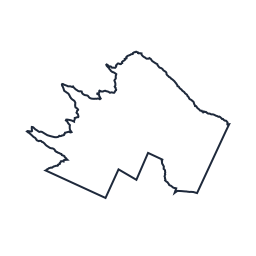 the district of Chupinguaia, Rondônia, Brazil, rotated 115°
{"feature_id": "56859067B46529813603159", "entity_name": "Chupinguaia", "entity_type": "district", "adm_level": 2, "iso_a3": "BRA", "parent_name": "Brazil", "parent_adm1": "Rondônia", "projection": "equal_earth", "projection_center": [-60.941, -12.579], "detail": "fine", "context": "isolated", "style": "outline", "palette": "slate", "viewbox_px": 256, "rotation_deg": 115, "n_neighbors": 0, "source": "geoboundaries", "source_scale": "gbopen_adm2", "svg_char_len": 5851}
<svg xmlns="http://www.w3.org/2000/svg" viewBox="0 0 256 256"><g transform="rotate(115 128 128)"><path d="M173.8,218.1L174.2,216.7L174.2,215.7L175.1,212.5L176.0,209.9L176.1,208.9L176.2,207.8L176.9,206.8L177.0,206.2L177.6,205.7L177.7,205.0L177.6,204.0L177.6,203.3L177.1,202.8L176.6,201.8L176.5,201.2L177.0,200.0L176.8,199.2L177.3,197.2L177.9,196.0L178.4,194.5L179.0,190.4L178.8,189.0L178.4,187.9L178.3,187.0L178.5,185.8L178.9,185.1L179.2,184.3L179.6,184.2L179.8,183.3L180.0,182.6L179.7,181.8L180.0,180.9L179.8,180.0L179.9,178.2L179.7,177.4L180.5,176.5L180.3,174.4L180.5,173.6L181.0,173.2L181.5,171.9L181.6,171.2L182.1,170.5L182.4,169.6L182.7,170.2L183.3,171.0L183.6,171.9L184.1,172.2L184.4,172.6L185.6,172.2L185.8,173.4L186.2,174.3L186.6,174.8L187.2,174.6L187.9,174.7L188.5,175.0L188.9,174.7L189.4,174.6L190.3,175.6L190.9,175.9L191.5,175.6L192.1,176.0L192.4,176.8L193.0,177.7L193.6,178.2L194.4,179.2L195.0,179.5L195.6,179.8L196.2,180.2L196.3,181.0L197.4,182.1L197.7,182.6L198.7,183.1L200.0,184.1L200.7,184.2L201.3,184.7L200.9,118.8L169.5,119.1L171.4,98.5L142.1,99.3L142.1,83.5L142.9,83.4L143.5,83.6L144.1,82.9L145.2,82.5L146.0,81.8L146.4,81.0L147.2,80.1L147.5,79.5L148.1,79.0L148.9,78.9L150.0,78.4L150.2,77.4L150.8,76.5L151.8,76.0L152.4,75.5L153.2,75.3L153.9,75.2L154.4,74.6L155.3,74.6L156.5,74.4L157.0,73.7L158.1,73.2L158.7,72.4L159.8,72.3L160.3,70.7L160.5,69.2L161.0,68.4L161.4,67.5L162.1,66.9L162.3,66.1L162.2,64.9L162.3,64.2L162.9,61.9L162.8,60.7L162.5,59.9L162.3,58.8L167.0,58.3L166.2,57.9L164.1,56.6L163.5,55.1L163.2,54.4L162.7,53.2L161.4,49.6L160.8,48.1L160.6,47.3L159.9,45.2L159.0,43.3L158.4,41.7L157.8,37.9L90.0,38.0L81.8,37.9L82.3,38.7L82.8,39.3L82.5,39.7L82.0,39.7L80.9,40.1L80.6,40.8L80.2,41.5L80.0,42.4L80.4,43.5L80.2,44.7L79.7,45.6L80.1,46.7L79.7,47.3L79.4,48.4L79.1,49.3L79.1,50.2L79.6,50.7L79.6,51.6L79.5,52.4L79.7,53.2L79.6,55.6L79.7,56.5L80.0,57.4L80.3,57.9L80.5,58.8L80.4,60.0L81.1,61.5L80.9,62.3L80.9,63.0L80.6,63.5L80.5,64.2L80.9,64.8L80.8,65.5L81.9,66.3L81.3,66.8L81.8,67.4L81.6,68.1L81.2,68.5L81.6,69.3L81.7,70.1L81.1,71.3L80.6,73.5L79.4,75.4L79.8,76.5L79.1,77.0L78.5,77.9L77.6,78.8L77.0,79.2L76.5,79.9L76.2,81.4L75.9,82.0L75.8,82.9L75.7,84.5L75.0,85.5L74.6,85.8L74.1,86.8L73.9,87.6L73.4,88.0L72.9,88.7L72.4,91.1L71.9,91.7L71.6,92.5L71.3,94.2L71.1,94.9L70.6,95.6L70.1,97.9L69.6,98.7L69.2,99.2L69.0,100.0L69.2,100.8L68.1,101.7L67.7,102.6L67.2,103.1L67.0,103.8L66.0,105.7L65.2,108.3L65.0,109.9L64.4,110.9L64.4,112.5L63.9,113.4L63.7,114.5L63.3,115.3L62.9,115.9L62.0,116.3L61.4,117.0L61.1,117.8L60.8,120.3L60.0,121.6L59.8,122.5L59.7,123.2L59.9,125.1L58.6,127.7L57.8,128.3L57.7,129.0L57.7,130.3L57.5,131.6L57.1,134.3L56.6,135.3L55.9,136.3L55.7,137.2L55.6,138.2L56.3,138.4L56.7,139.1L57.3,140.4L57.2,141.4L56.9,142.4L56.9,143.5L56.6,145.0L56.0,146.3L55.4,147.1L54.7,147.3L55.2,149.0L55.8,149.7L55.9,150.6L55.3,150.9L55.4,151.9L55.4,152.9L56.1,153.3L56.4,154.0L57.0,154.6L57.6,154.8L58.0,155.2L59.0,155.0L59.4,155.7L59.9,156.4L60.7,156.8L61.3,157.4L62.0,158.0L62.8,158.8L63.5,159.2L64.5,159.5L64.9,158.9L65.5,158.8L65.9,159.3L66.7,160.1L67.3,159.5L68.4,160.0L69.6,160.9L70.5,161.3L71.6,160.7L72.1,161.3L73.0,161.4L73.4,162.0L73.5,162.9L73.5,163.6L73.7,164.3L74.1,164.6L75.2,164.9L76.3,165.3L76.8,164.8L78.2,164.8L78.9,165.1L79.3,166.3L79.7,167.1L80.1,168.2L79.7,168.9L79.5,169.7L80.1,170.5L80.0,171.7L79.6,172.7L79.4,174.2L79.9,174.4L80.6,173.6L81.4,171.7L81.8,170.4L82.4,169.8L82.7,168.8L83.4,167.8L83.9,165.7L83.6,164.8L83.8,163.0L84.1,161.4L84.8,161.2L85.7,161.2L87.3,160.6L87.7,160.2L88.4,160.0L89.2,160.2L90.0,160.4L90.7,160.4L92.4,158.7L93.1,158.2L93.9,157.8L94.9,157.4L96.1,157.6L96.6,156.9L96.9,156.1L97.5,155.9L98.3,154.9L98.9,154.8L99.5,155.2L101.5,155.3L102.0,155.5L102.3,156.4L102.6,157.9L103.0,158.5L103.4,158.8L103.7,159.4L103.4,160.9L103.6,162.3L103.9,163.4L103.8,164.1L104.2,164.9L104.6,165.4L105.1,165.7L105.8,166.6L106.1,167.4L106.2,169.6L106.8,169.7L107.3,169.2L108.1,169.0L108.8,169.2L109.6,170.4L110.1,170.3L110.2,169.5L110.1,168.3L111.5,167.3L111.9,166.4L112.5,165.8L112.9,165.2L113.8,165.7L113.8,167.1L114.0,167.8L114.8,168.8L115.2,169.8L116.0,171.3L116.6,172.9L116.8,173.6L116.9,174.4L116.9,175.4L116.7,176.2L116.2,177.1L115.8,178.0L115.8,178.9L116.4,181.0L116.4,182.2L116.3,182.9L116.0,183.9L115.5,184.6L114.5,185.4L114.9,186.9L115.3,187.4L115.5,188.3L115.5,189.3L115.3,190.0L115.1,191.7L114.7,192.9L114.0,194.7L113.6,195.4L114.3,195.7L114.5,196.8L114.6,197.9L115.6,200.0L115.5,200.9L115.6,201.6L115.6,202.4L115.8,204.2L115.6,205.1L115.9,206.2L116.5,206.3L117.5,205.6L118.1,204.6L119.4,203.2L121.2,201.6L121.4,200.9L121.4,200.1L121.7,199.0L121.9,197.3L122.2,196.2L122.9,195.4L123.1,194.8L123.8,194.1L124.2,193.8L124.6,192.8L125.1,192.3L125.5,191.1L125.8,190.0L125.8,189.3L126.2,187.9L126.7,187.2L127.5,186.3L129.0,185.9L129.4,185.5L130.1,185.4L130.9,184.8L131.5,184.3L131.7,182.7L132.0,181.7L132.6,180.9L133.2,181.0L133.8,181.4L135.1,181.1L135.8,181.2L136.3,180.6L136.5,179.5L137.4,178.6L138.5,177.8L139.2,177.7L139.9,178.9L140.3,179.2L140.8,179.7L141.4,180.5L142.8,179.9L144.4,179.9L145.0,179.6L145.0,182.1L145.3,183.8L146.0,186.5L146.5,187.5L147.4,187.5L147.6,186.1L148.1,185.4L149.1,184.0L149.9,181.9L151.5,181.4L153.2,180.5L153.9,179.9L154.4,179.5L154.8,178.9L155.1,178.1L155.6,177.4L156.0,177.8L156.4,178.4L156.4,180.1L156.8,180.5L157.7,181.6L158.4,182.4L158.9,183.1L160.0,182.9L160.6,183.3L161.3,183.0L161.8,183.4L162.3,184.0L162.5,184.6L163.1,184.8L163.7,185.5L164.1,186.2L164.1,187.0L164.6,187.2L165.3,187.3L166.3,188.5L166.6,189.0L167.0,189.9L167.3,190.6L167.8,193.1L168.2,195.2L168.6,198.1L168.5,198.9L168.2,201.8L168.0,203.4L167.9,204.0L168.0,204.9L168.2,205.6L168.7,206.2L169.0,206.8L169.0,207.5L168.6,209.5L168.4,211.4L168.0,212.6L167.5,213.9L167.4,214.7L167.7,215.6L168.8,215.2L171.3,213.7L171.8,213.9L172.4,215.1L173.1,217.6L173.8,218.1Z" fill="none" stroke="#1e293b" stroke-width="2"/></g></svg>